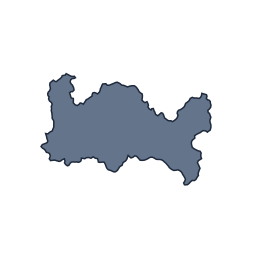 Frei Inocêncio, Minas Gerais, Brazil, rotated 330°
{"feature_id": "56859067B46677455197451", "entity_name": "Frei Inocêncio", "entity_type": "district", "adm_level": 2, "iso_a3": "BRA", "parent_name": "Brazil", "parent_adm1": "Minas Gerais", "projection": "robinson", "projection_center": [-41.872, -18.522], "detail": "fine", "context": "isolated", "style": "filled", "palette": "slate", "viewbox_px": 256, "rotation_deg": 330, "n_neighbors": 0, "source": "geoboundaries", "source_scale": "gbopen_adm2", "svg_char_len": 3956}
<svg xmlns="http://www.w3.org/2000/svg" viewBox="0 0 256 256"><g transform="rotate(330 128 128)"><path d="M101.6,50.0L100.1,50.8L98.5,50.2L97.2,49.8L96.0,50.8L94.1,51.3L91.3,51.6L89.1,52.0L88.0,51.0L87.2,49.2L85.0,49.6L83.1,49.9L81.8,51.4L81.2,53.2L80.5,55.1L78.8,56.5L76.8,57.1L75.5,58.3L74.9,60.0L75.2,61.6L73.8,63.0L73.5,65.3L74.5,67.8L74.1,69.6L72.2,71.1L71.5,73.1L70.3,74.4L69.6,76.8L68.4,79.5L67.1,81.9L67.3,84.4L66.4,86.4L65.1,88.4L64.3,90.0L62.4,91.4L60.8,92.7L59.4,92.5L57.8,92.5L55.7,93.1L53.9,91.6L53.3,94.3L52.5,96.7L52.1,99.2L50.6,100.2L48.9,100.1L47.2,99.8L45.5,99.5L43.4,100.6L43.9,102.7L45.0,104.8L45.2,106.4L45.2,108.3L46.4,109.4L47.2,110.8L46.9,112.9L46.0,114.1L44.4,115.3L44.6,117.5L46.6,118.3L48.5,119.2L50.1,120.9L51.6,122.5L53.1,122.9L55.2,122.6L57.5,122.9L56.9,125.2L55.6,126.4L55.7,128.4L56.6,130.4L58.0,130.8L59.4,130.0L61.7,129.2L63.5,129.9L64.9,130.9L66.7,131.8L68.0,133.0L69.5,133.2L70.9,132.9L72.6,130.9L73.8,131.8L75.2,133.0L77.1,132.9L79.2,133.9L80.9,135.7L83.4,135.5L84.6,137.9L86.3,139.3L85.9,141.0L85.3,142.7L86.4,143.7L88.5,144.6L90.3,145.7L90.2,148.2L89.7,150.6L89.6,152.5L90.0,154.3L91.7,156.0L93.1,158.0L94.1,159.2L95.5,159.7L97.6,159.4L99.5,158.5L101.1,157.5L102.8,157.3L104.2,157.4L105.5,156.2L106.7,155.4L109.0,155.4L110.5,154.9L112.0,154.0L113.1,152.8L114.4,151.8L114.9,153.6L115.6,155.4L117.6,155.8L120.0,155.5L121.3,156.8L121.8,158.9L122.4,162.0L124.3,163.2L126.0,164.0L128.2,164.4L129.9,164.5L131.4,164.4L132.9,164.6L134.4,165.4L135.6,167.0L136.8,169.2L138.5,170.4L139.9,171.2L141.1,172.3L142.0,173.7L142.5,175.4L143.2,177.4L143.6,179.4L143.9,181.0L144.0,183.0L145.0,185.6L146.4,187.6L148.5,188.6L150.4,189.2L151.3,190.6L152.1,192.1L152.3,193.7L152.2,195.9L152.3,197.9L152.2,200.9L150.7,202.4L148.7,203.4L148.5,205.4L149.8,206.2L151.1,206.8L153.0,206.6L155.1,205.9L157.3,205.5L159.2,206.7L160.9,206.6L162.1,205.9L163.5,205.1L165.3,204.3L165.8,202.7L167.1,201.4L168.4,200.3L170.2,198.9L170.6,195.7L170.8,192.7L172.5,191.5L174.6,191.4L176.4,191.3L176.7,189.5L177.6,187.7L178.8,186.3L178.8,184.2L177.3,182.8L176.0,180.9L174.9,179.1L174.0,176.9L174.7,174.2L175.6,172.3L177.0,171.0L178.7,170.5L180.8,170.2L181.8,168.0L183.7,167.8L186.1,167.9L188.5,168.1L190.2,167.8L191.9,167.9L193.8,169.4L194.7,171.3L196.1,171.0L198.0,171.0L200.0,169.1L201.4,166.6L201.9,164.1L202.9,162.1L204.1,161.1L205.2,160.0L205.4,158.0L205.9,156.1L205.2,154.8L205.9,152.7L207.8,152.3L209.8,151.5L211.3,149.7L211.7,147.9L212.5,146.0L212.1,144.4L211.0,143.4L210.6,141.6L212.3,140.0L212.6,138.4L211.4,137.1L210.3,136.0L209.3,134.9L207.8,136.7L206.0,137.8L204.3,137.9L202.8,136.6L201.2,135.6L200.0,134.9L199.0,133.6L196.7,133.5L194.7,134.8L192.4,135.3L190.2,135.5L188.8,136.7L187.1,137.8L185.4,138.1L183.8,138.3L182.3,138.3L180.6,137.9L178.9,138.7L177.9,139.9L177.6,142.1L176.2,143.3L174.9,144.1L173.1,144.5L171.1,144.7L169.6,144.6L168.8,143.2L167.3,142.4L166.3,141.4L165.7,139.9L164.7,137.5L165.3,134.6L165.4,132.6L164.4,131.4L162.5,131.8L160.0,132.3L158.7,130.1L159.2,127.5L159.2,125.8L159.7,123.8L158.3,123.2L157.0,123.9L155.9,121.9L155.8,119.6L157.1,118.5L157.5,116.6L157.6,114.7L155.4,114.5L154.6,113.1L154.0,110.9L155.5,109.0L156.7,107.2L157.3,105.6L156.5,104.1L155.8,102.3L155.9,99.9L155.6,96.9L154.7,94.7L152.8,93.5L150.5,92.6L148.3,92.3L146.8,90.5L145.6,88.9L144.1,87.8L143.2,85.4L141.6,83.0L140.0,82.4L137.8,82.2L135.7,81.9L133.4,81.6L131.4,80.7L131.0,78.6L129.6,77.9L128.1,77.2L126.6,78.1L125.2,79.3L123.6,80.3L122.7,81.5L121.0,82.7L118.7,83.2L117.7,81.7L116.7,80.5L115.3,80.0L114.0,80.8L112.5,82.5L110.3,82.5L107.9,82.8L106.1,82.6L104.5,83.4L102.6,84.4L101.2,85.0L100.3,83.5L99.1,82.4L97.5,83.0L95.4,83.2L93.8,81.5L93.2,78.7L94.6,76.7L95.4,75.1L93.8,73.6L94.2,71.8L94.7,70.0L94.9,68.4L96.6,68.0L98.2,68.8L100.3,68.1L101.1,65.6L101.3,63.1L100.8,61.2L100.9,59.2L102.6,57.5L104.4,57.3L106.0,58.1L107.6,58.2L107.4,56.4L105.9,55.7L104.6,54.7L103.5,53.0L102.6,51.5L101.6,50.0Z" fill="#64748b" stroke="#1e293b" stroke-width="1.5"/></g></svg>